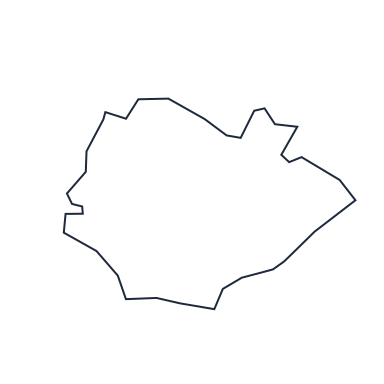 outline of Boz, Andijon, Uzbekistan, rotated 317°
{"feature_id": "79887680B29412867637503", "entity_name": "Boz", "entity_type": "district", "adm_level": 2, "iso_a3": "UZB", "parent_name": "Uzbekistan", "parent_adm1": "Andijon", "projection": "robinson", "projection_center": [71.9, 40.715], "detail": "fine", "context": "isolated", "style": "outline", "palette": "slate", "viewbox_px": 384, "rotation_deg": 317, "n_neighbors": 0, "source": "geoboundaries", "source_scale": "gbopen_adm2", "svg_char_len": 607}
<svg xmlns="http://www.w3.org/2000/svg" viewBox="0 0 384 384"><g transform="rotate(317 192 192)"><path d="M70.6,225.3L93.8,245.3L107.4,265.4L128.4,292.9L148.5,283.9L169.9,288.6L198.4,303.8L211.9,305.6L222.8,305.4L254.7,304.6L305.9,309.5L308.2,283.9L295.9,241.2L283.4,236.4L282.7,225.7L313.5,216.1L298.9,199.0L302.1,180.3L292.9,175.0L264.5,185.6L255.9,174.2L251.0,147.3L238.4,107.6L216.0,87.6L193.7,93.4L183.1,74.5L176.6,78.5L142.6,90.3L128.1,104.8L99.5,107.8L96.1,118.9L101.8,127.7L97.3,133.4L84.6,121.8L70.5,134.3L81.9,170.1L80.7,202.6L70.6,225.3Z" fill="none" stroke="#1e293b" stroke-width="2"/></g></svg>